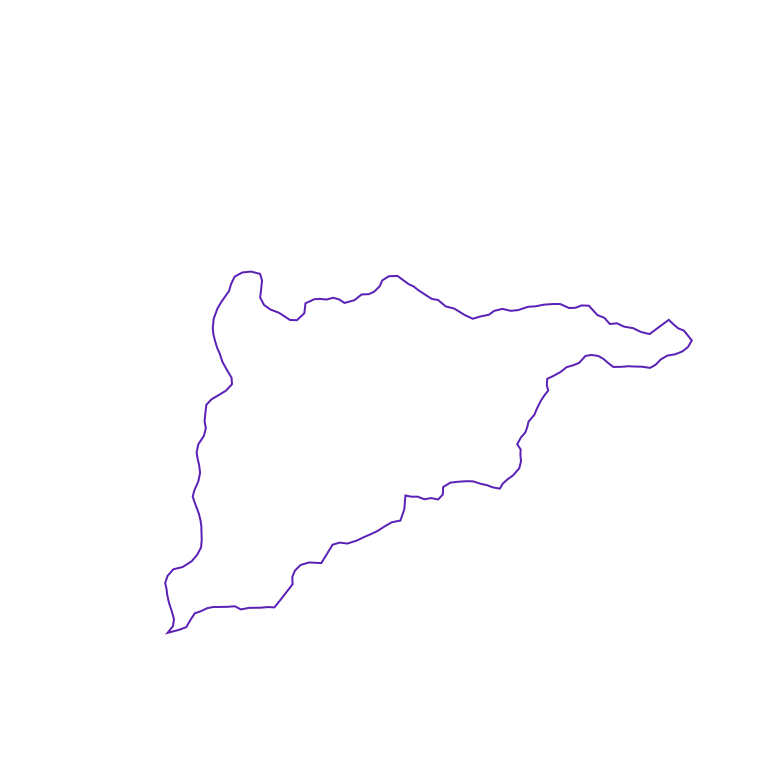 outline of Ipiaú, Bahia, Brazil, rotated 66°
{"feature_id": "56859067B59871971648685", "entity_name": "Ipiaú", "entity_type": "district", "adm_level": 2, "iso_a3": "BRA", "parent_name": "Brazil", "parent_adm1": "Bahia", "projection": "robinson", "projection_center": [-39.724, -14.039], "detail": "fine", "context": "isolated", "style": "outline", "palette": "violet", "viewbox_px": 768, "rotation_deg": 66, "n_neighbors": 0, "source": "geoboundaries", "source_scale": "gbopen_adm2", "svg_char_len": 2702}
<svg xmlns="http://www.w3.org/2000/svg" viewBox="0 0 768 768"><g transform="rotate(66 384 384)"><path d="M255.2,513.1L263.1,517.6L269.3,519.7L275.2,520.7L282.8,521.7L289.5,521.7L298.0,522.6L308.0,521.7L316.2,520.7L322.3,522.9L325.8,531.1L326.9,539.7L327.8,547.7L330.7,554.7L337.9,559.0L345.1,563.1L351.9,564.7L358.1,569.6L363.5,578.1L370.2,583.0L376.1,584.6L382.9,585.9L390.3,588.1L397.4,593.2L403.9,600.4L408.9,604.5L414.3,605.1L421.5,605.5L427.2,605.9L434.0,607.1L439.6,608.7L445.1,611.0L452.2,613.9L458.9,617.6L464.0,624.1L467.7,631.8L469.3,642.4L467.6,651.8L471.3,659.8L476.7,664.8L483.0,666.1L488.5,667.8L496.3,669.4L505.0,670.3L513.5,671.5L519.4,675.4L523.3,682.9L525.2,671.3L525.7,663.5L520.8,656.8L516.5,650.1L517.1,643.6L516.9,636.6L518.2,630.9L520.5,625.6L523.9,617.6L526.4,610.6L531.7,606.5L533.6,598.4L538.1,587.9L540.7,580.5L543.5,575.0L540.7,569.5L529.8,549.0L523.0,546.3L518.2,541.2L515.4,533.8L516.5,525.2L522.1,514.1L509.9,496.3L510.9,488.9L514.9,482.3L516.0,471.7L515.7,465.5L515.8,458.8L515.7,450.2L514.3,441.2L513.5,433.2L515.4,424.5L506.7,416.4L494.6,409.8L498.0,404.9L500.6,399.1L505.8,393.9L507.3,387.5L511.5,381.5L508.9,375.2L502.2,371.9L501.1,363.5L503.4,356.1L506.4,348.0L509.2,342.2L514.3,336.5L518.3,331.1L522.8,326.5L526.7,320.7L523.3,316.0L521.4,310.1L519.9,303.1L516.0,294.7L510.4,290.3L504.4,288.3L499.4,285.8L493.2,286.8L488.5,280.6L485.7,274.6L481.7,270.7L477.1,267.2L473.3,259.2L468.5,254.1L462.9,247.2L459.7,242.2L456.8,236.7L451.4,235.8L445.7,232.8L445.5,225.8L444.8,217.7L442.9,210.3L443.8,203.9L444.1,197.2L440.3,188.5L441.8,182.8L445.4,177.0L450.0,173.5L456.1,170.6L461.7,167.6L464.9,160.0L467.2,153.5L470.4,147.1L473.3,141.0L477.5,134.4L476.9,128.1L474.1,121.1L473.3,113.5L475.3,106.0L475.6,98.0L473.8,91.2L469.4,85.1L457.2,88.3L452.8,92.6L446.8,95.5L441.2,97.7L446.4,121.1L440.9,128.2L434.4,133.6L429.2,141.4L423.3,146.5L421.0,153.3L413.1,155.8L407.8,161.0L402.2,162.9L395.8,165.0L392.6,171.5L392.3,177.9L389.9,184.0L382.7,190.4L379.7,196.9L376.6,205.5L374.6,214.2L372.1,220.9L371.0,231.5L368.7,238.5L363.5,245.3L362.0,253.7L363.4,259.8L361.5,268.4L360.5,276.4L353.8,282.2L343.7,289.1L338.2,296.1L329.1,300.5L325.8,305.7L321.0,308.8L312.6,314.3L307.0,317.2L302.9,320.8L297.3,324.0L290.7,327.8L287.5,335.9L288.7,343.5L292.9,348.1L295.7,355.5L295.7,361.5L293.1,368.0L295.4,377.0L293.9,387.1L288.6,390.5L284.6,395.3L283.5,402.0L280.3,407.8L278.2,413.1L278.3,422.9L286.9,428.0L290.3,437.5L287.3,443.8L281.9,447.3L276.2,451.0L269.8,457.4L263.1,461.4L254.7,462.0L247.1,457.5L239.8,453.3L233.0,452.4L227.2,459.8L224.5,468.0L225.2,476.8L230.6,483.2L236.0,487.7L239.0,492.8L242.9,499.2L247.4,505.6L255.2,513.1Z" fill="none" stroke="#5b21b6" stroke-width="2"/></g></svg>